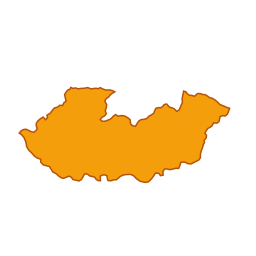 Inhaúma, Minas Gerais, Brazil, rotated 136°
{"feature_id": "56859067B77049971161893", "entity_name": "Inhaúma", "entity_type": "district", "adm_level": 2, "iso_a3": "BRA", "parent_name": "Brazil", "parent_adm1": "Minas Gerais", "projection": "mercator", "projection_center": [-44.417, -19.5], "detail": "fine", "context": "isolated", "style": "filled", "palette": "amber", "viewbox_px": 256, "rotation_deg": 136, "n_neighbors": 0, "source": "geoboundaries", "source_scale": "gbopen_adm2", "svg_char_len": 2718}
<svg xmlns="http://www.w3.org/2000/svg" viewBox="0 0 256 256"><g transform="rotate(136 128 128)"><path d="M112.4,163.2L113.1,165.5L114.8,168.2L117.6,170.7L119.1,173.8L119.9,176.3L122.0,176.9L123.4,178.8L125.4,180.4L127.3,181.6L128.9,185.1L131.9,187.0L134.5,189.3L136.7,190.9L137.9,193.3L140.2,194.8L140.9,196.9L143.0,196.3L145.1,197.2L147.6,196.8L150.3,196.2L152.4,192.9L153.9,190.3L156.7,190.7L159.3,189.6L161.4,191.8L164.0,191.9L167.0,193.5L170.5,193.2L173.8,192.6L177.4,193.5L178.7,191.4L181.6,191.2L181.4,194.8L184.4,195.5L187.7,195.7L190.7,195.1L192.5,193.3L193.5,190.9L195.9,190.0L198.6,190.4L200.0,192.2L201.2,195.3L202.3,198.1L204.2,199.4L206.7,200.2L209.7,199.9L209.2,196.8L209.5,193.2L210.6,190.3L211.8,187.9L213.7,185.2L214.4,183.0L214.8,180.8L214.6,176.9L214.8,172.7L214.1,169.3L212.5,166.3L214.5,163.9L214.6,160.5L213.4,158.3L211.3,154.9L211.9,152.0L212.6,148.5L211.4,144.8L211.2,141.3L210.6,138.7L209.5,136.7L206.6,135.4L203.9,134.4L203.0,132.0L203.4,129.1L201.9,127.0L200.0,123.9L197.3,123.3L194.7,124.0L191.1,125.2L189.2,123.0L188.8,119.9L187.2,117.7L186.1,115.7L186.6,113.4L186.1,111.0L184.4,109.2L182.8,111.1L181.3,112.7L177.7,111.1L176.3,108.2L177.8,106.2L178.9,104.2L177.0,101.9L174.4,100.7L172.1,98.7L170.0,98.7L167.1,98.5L163.7,97.3L160.6,94.9L158.3,92.8L157.1,89.4L157.1,86.0L156.8,83.8L156.2,81.2L154.8,79.0L153.4,76.9L151.0,75.2L148.3,75.0L145.0,75.3L142.3,75.8L139.8,76.5L137.4,74.3L137.7,71.1L135.4,69.7L133.2,72.4L130.1,73.1L128.4,71.5L126.9,69.0L124.1,67.2L121.7,65.9L119.6,63.7L116.9,65.0L113.5,66.6L110.9,64.1L109.7,60.7L107.5,58.3L103.5,57.1L99.5,55.8L96.6,56.3L94.4,58.6L91.9,60.3L88.1,62.1L85.3,63.7L83.1,64.4L81.8,66.2L78.5,66.6L76.5,68.3L76.3,70.8L73.8,71.7L70.8,72.2L68.3,71.5L66.2,71.1L63.0,72.2L60.6,69.7L58.2,69.4L56.0,70.8L53.8,72.2L51.5,71.3L49.7,69.1L46.9,68.9L43.9,70.2L41.2,71.6L42.8,74.5L43.9,77.4L45.6,81.2L45.6,84.3L45.9,87.5L46.8,90.9L48.2,93.1L48.6,95.6L49.2,98.2L51.0,100.2L52.1,102.6L54.3,104.6L57.9,104.5L59.5,107.0L61.0,109.0L61.6,111.2L61.2,113.8L62.3,115.9L64.4,114.4L66.6,113.0L69.0,111.2L71.1,108.5L73.9,107.5L76.5,106.3L78.6,105.5L81.4,106.1L81.4,109.5L82.2,111.7L83.7,114.3L83.5,118.4L85.8,119.8L88.0,119.4L90.2,119.7L91.7,121.3L94.1,122.8L96.6,122.0L99.1,120.8L101.7,121.1L104.8,122.0L108.0,121.8L110.5,123.2L112.7,124.9L115.2,125.5L118.3,124.9L121.4,124.0L123.0,126.3L123.4,128.9L122.0,130.8L120.7,132.6L121.0,135.2L122.0,138.8L123.6,141.1L126.8,143.3L127.6,146.3L130.0,146.7L132.6,146.5L134.9,146.8L136.9,147.6L139.8,148.8L142.0,151.0L142.0,153.4L139.3,153.8L136.7,153.0L133.8,153.3L132.2,156.3L129.5,157.7L127.0,159.7L126.1,163.5L122.9,164.3L120.5,163.7L118.3,164.1L115.3,163.9L112.4,163.2Z" fill="#f59e0b" stroke="#b45309" stroke-width="1.5"/></g></svg>